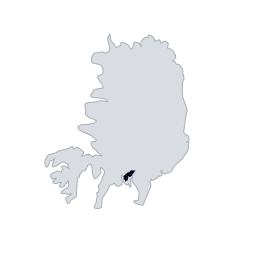 Skorradalshreppur, Vesturland, Iceland (highlighted), rotated 296°
{"feature_id": "244011B18273074009309", "entity_name": "Skorradalshreppur", "entity_type": "district", "adm_level": 2, "iso_a3": "ISL", "parent_name": "Iceland", "parent_adm1": "Vesturland", "projection": "mercator", "projection_center": [-21.43, 64.486], "detail": "fine", "context": "in_parent", "style": "filled", "palette": "ink", "viewbox_px": 256, "rotation_deg": 296, "n_neighbors": 0, "source": "geoboundaries", "source_scale": "gbopen_adm2", "svg_char_len": 4871}
<svg xmlns="http://www.w3.org/2000/svg" viewBox="0 0 256 256"><g transform="rotate(296 128 128)"><path d="M188.0,77.0L190.0,77.2L193.2,75.7L197.9,71.4L199.9,70.4L204.4,70.4L198.9,74.6L196.9,79.2L195.3,81.4L195.4,82.4L199.2,85.2L201.1,84.3L201.9,84.6L202.6,85.9L203.1,88.5L202.8,91.1L201.7,93.8L200.2,96.0L200.4,96.7L201.6,97.1L207.9,95.8L208.6,99.0L209.2,100.1L209.0,101.2L206.5,104.6L209.4,102.5L211.8,101.8L215.8,102.9L217.4,104.2L218.4,106.4L220.3,105.7L221.2,107.0L221.3,108.3L220.4,112.0L218.0,113.8L219.4,116.5L220.6,116.5L220.8,117.1L220.7,118.7L218.9,120.5L221.9,122.6L222.3,123.3L222.1,125.6L221.6,126.9L220.7,127.7L218.5,127.9L217.2,128.7L217.6,130.1L217.2,134.0L215.5,137.2L213.9,138.9L212.3,140.0L208.0,138.8L208.2,141.5L206.6,143.2L206.9,144.6L207.4,145.3L207.2,147.1L205.2,150.8L203.8,152.0L201.0,153.5L197.0,156.8L193.0,156.8L183.0,161.6L179.1,164.1L172.0,171.8L169.0,173.8L164.0,174.8L148.7,179.8L147.0,182.8L147.0,183.4L147.6,184.6L146.5,186.7L144.2,188.2L143.1,188.2L141.2,186.9L141.0,187.5L141.7,189.1L134.3,191.7L124.0,190.3L114.9,186.6L107.6,185.9L102.5,180.8L102.4,180.0L102.9,178.4L104.8,177.8L103.9,176.2L100.8,178.9L99.8,178.8L98.5,177.7L98.4,176.6L95.8,176.2L91.4,172.9L91.1,172.2L92.1,171.1L91.9,170.9L89.5,171.1L86.0,174.1L65.2,175.3L64.5,173.7L63.7,167.8L64.4,165.3L65.2,165.5L67.7,168.9L73.2,167.0L75.5,165.7L77.6,162.5L78.8,161.4L80.5,157.3L82.2,154.7L85.8,153.5L82.6,152.8L77.3,156.1L75.6,156.1L76.4,154.6L78.2,153.0L76.9,152.9L76.5,152.1L76.4,150.6L77.3,148.1L83.6,143.6L82.1,142.7L77.8,146.1L74.7,147.3L72.1,145.8L70.9,143.7L71.0,142.7L72.5,140.0L72.2,139.5L71.2,139.3L68.4,136.8L64.0,137.0L53.2,135.6L45.1,139.0L43.1,137.4L41.5,134.0L41.8,132.6L43.3,131.9L47.2,132.0L53.1,130.3L55.8,128.3L56.8,128.8L57.3,129.8L61.0,128.3L62.9,126.5L66.1,127.4L78.3,126.4L79.9,124.1L80.6,121.3L80.3,120.7L75.8,123.3L74.8,123.2L69.6,121.9L67.7,120.3L68.3,119.1L71.1,116.4L78.1,112.0L79.1,111.1L79.2,110.0L76.4,108.1L71.1,108.6L69.8,106.3L65.4,105.0L62.5,105.8L60.9,104.4L43.7,111.6L38.1,108.3L34.1,107.8L33.7,106.7L36.1,103.6L37.6,103.0L39.2,103.3L42.3,105.5L44.4,106.2L41.8,102.9L41.6,99.8L40.8,99.0L40.0,96.9L40.3,96.2L43.5,96.7L48.6,100.3L51.1,99.6L54.3,97.3L47.0,96.0L44.8,93.1L46.4,91.7L50.1,91.8L46.0,86.9L45.8,86.0L46.5,83.8L51.7,85.7L49.0,82.8L48.9,82.1L49.7,81.6L50.1,79.8L51.4,79.1L54.0,79.7L58.1,83.1L58.7,84.1L58.9,87.5L60.5,87.0L62.4,87.5L64.0,85.1L65.1,85.7L66.0,87.8L65.8,92.4L67.0,90.8L68.9,90.7L69.2,86.8L68.8,83.8L62.6,80.3L60.1,77.7L60.4,76.8L61.6,76.0L68.1,75.4L65.3,73.9L64.6,72.3L59.7,72.9L57.2,72.3L57.1,71.5L58.1,70.3L61.1,67.9L66.8,67.7L69.1,68.3L73.5,73.6L77.1,75.8L83.0,83.0L86.7,85.7L86.9,86.4L86.3,87.2L84.8,88.1L87.1,89.4L88.4,91.2L88.5,92.0L87.3,97.7L85.9,99.5L82.4,98.4L83.2,100.2L85.7,102.1L86.3,103.2L85.9,104.3L87.1,103.9L87.5,104.5L86.9,107.7L86.3,108.9L88.4,109.5L89.8,111.1L91.5,117.5L92.5,112.6L92.9,110.8L93.8,110.1L94.8,105.1L97.1,102.1L99.3,101.0L101.6,104.5L103.2,104.8L104.9,98.6L105.1,94.1L104.6,89.0L104.9,85.4L106.0,83.2L107.4,82.5L110.6,84.7L113.2,89.7L117.1,95.2L119.8,96.6L120.3,96.4L120.8,94.6L120.4,87.4L121.7,83.5L124.9,82.6L129.8,79.0L131.0,78.9L133.4,81.0L137.7,88.3L140.8,91.6L142.4,97.0L143.1,98.0L143.8,96.3L143.9,93.9L140.1,82.8L140.1,81.3L140.4,80.1L147.2,80.7L148.7,81.9L153.3,88.3L155.6,85.7L160.2,78.1L161.8,78.4L165.6,81.4L167.2,81.2L171.7,78.4L172.7,74.9L170.8,67.6L171.6,66.1L175.8,64.3L180.4,64.7L185.1,71.4L185.2,74.6L188.0,77.0Z" fill="#d9dde1" stroke="#a8b0b8" stroke-width="1"/><path d="M91.5,152.3L91.3,152.1L91.3,151.9L91.4,151.7L91.3,151.4L91.2,151.3L91.2,151.2L91.1,150.9L91.1,150.5L91.1,150.3L91.1,150.2L90.4,149.7L89.6,149.6L89.3,149.5L89.0,149.4L88.7,149.0L88.2,148.6L87.9,148.4L87.7,148.3L87.6,148.2L87.4,148.0L87.4,147.9L87.2,147.8L87.2,147.7L86.8,147.6L86.7,147.4L86.3,147.4L86.1,147.3L85.9,147.2L85.7,147.0L85.6,146.9L85.5,146.7L85.4,146.7L85.2,146.8L84.9,146.8L84.6,146.7L84.4,146.6L84.2,146.6L84.0,146.4L83.8,146.4L83.7,146.3L83.4,146.4L83.4,146.2L83.1,146.2L82.8,146.2L82.7,146.1L82.6,146.3L82.5,146.5L82.4,146.7L82.4,146.8L82.3,147.0L82.2,147.1L82.2,147.3L82.0,147.2L81.9,147.2L81.7,147.1L81.5,146.9L81.4,146.9L81.5,146.8L81.5,146.7L81.4,146.6L81.2,146.6L80.9,146.7L81.0,146.7L81.0,146.8L81.1,147.1L80.9,147.6L80.9,147.8L80.8,148.0L80.7,148.2L80.7,148.3L80.6,148.5L80.4,148.6L80.0,148.9L80.6,149.1L80.9,149.4L81.0,149.7L81.3,149.6L81.6,149.5L81.8,149.4L81.9,149.5L82.0,149.5L82.3,149.4L82.5,149.4L82.8,149.3L83.0,149.2L83.3,149.2L83.3,149.3L83.5,149.3L83.8,149.2L84.0,149.0L84.2,148.9L84.3,148.9L84.6,148.8L84.7,148.7L84.8,148.7L85.1,148.6L85.7,148.9L85.8,149.0L87.3,149.7L87.8,150.1L87.7,150.3L87.5,150.2L87.4,150.2L87.2,150.1L86.9,150.0L86.9,149.9L86.7,149.9L86.4,149.8L86.4,149.7L86.2,149.7L86.0,149.8L85.9,149.9L85.9,150.0L85.7,150.3L85.5,150.9L87.4,151.8L87.6,151.8L89.0,151.5L90.5,152.2L91.5,152.3Z" fill="#0f172a" stroke="#020617" stroke-width="1.5"/></g></svg>